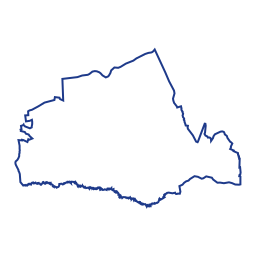 Cetariu, Bihor, Romania
{"feature_id": "2599482B19463372826747", "entity_name": "Cetariu", "entity_type": "district", "adm_level": 2, "iso_a3": "ROU", "parent_name": "Romania", "parent_adm1": "Bihor", "projection": "mercator", "projection_center": [22.043, 47.156], "detail": "fine", "context": "isolated", "style": "outline", "palette": "blue", "viewbox_px": 256, "rotation_deg": 0, "n_neighbors": 0, "source": "geoboundaries", "source_scale": "gbopen_adm2", "svg_char_len": 5846}
<svg xmlns="http://www.w3.org/2000/svg" viewBox="0 0 256 256"><path d="M240.4,184.4L240.4,176.4L240.0,175.9L239.3,176.0L239.5,174.9L240.3,174.3L240.6,172.5L240.1,167.3L239.4,167.5L239.7,158.7L239.1,158.7L239.0,156.5L238.6,156.5L238.5,155.2L238.0,154.8L238.0,153.1L233.5,151.1L233.7,150.5L230.2,149.0L230.9,147.7L230.9,146.5L232.3,143.5L231.0,142.2L230.2,141.8L227.5,138.0L226.8,135.9L224.8,134.4L224.6,133.4L223.8,131.9L222.2,131.4L220.4,131.7L214.9,134.3L213.5,136.3L213.0,138.1L211.1,140.9L211.0,139.4L210.6,138.2L209.6,137.5L207.8,137.5L207.4,136.5L205.5,135.6L204.5,133.9L205.0,132.8L205.7,125.7L205.4,123.8L204.7,123.7L198.0,141.5L197.6,142.2L196.1,141.6L192.9,135.4L187.9,128.8L187.6,127.5L187.9,125.8L185.7,125.5L185.1,123.3L184.6,122.2L184.4,120.6L183.8,119.8L184.2,119.0L184.1,118.5L183.0,117.1L182.7,115.7L182.6,115.3L183.0,114.6L182.9,114.3L183.1,113.4L182.6,112.7L182.6,111.6L182.2,111.4L182.1,110.9L181.6,110.3L181.3,108.8L181.5,108.4L181.0,106.3L177.2,107.5L176.9,106.5L174.1,102.9L173.4,100.8L173.0,98.7L174.5,93.4L174.0,90.6L169.1,81.3L165.2,72.2L154.7,49.5L153.6,50.9L152.4,52.0L151.2,52.5L148.4,52.9L145.1,54.0L136.4,58.4L133.4,60.6L125.9,63.6L120.5,66.9L118.2,67.8L114.4,67.5L111.2,70.4L110.3,73.2L108.8,75.7L108.0,76.5L105.8,77.4L102.5,75.4L100.6,73.3L99.3,72.3L96.8,71.3L94.7,71.1L92.4,71.6L89.4,74.0L87.8,74.8L82.2,75.5L77.5,77.1L62.4,78.9L63.2,100.5L60.3,99.2L59.8,98.8L59.5,97.7L54.9,97.1L54.4,100.0L44.5,102.6L38.4,106.3L31.9,109.8L29.6,110.4L28.1,111.3L28.3,115.2L25.2,115.4L26.0,121.4L29.8,120.8L31.9,119.8L32.2,121.8L32.2,124.0L31.7,126.7L31.7,127.4L29.9,128.3L25.0,126.4L24.3,125.6L23.6,125.2L23.5,124.7L23.1,125.2L21.0,125.9L21.5,129.3L20.6,129.6L20.8,130.2L20.8,131.0L24.8,132.0L25.9,133.7L28.6,134.5L29.7,136.1L32.3,138.5L29.0,139.8L28.3,139.3L27.4,142.0L23.2,140.0L22.0,139.8L22.0,140.4L18.5,140.1L19.6,145.7L19.6,149.0L19.8,150.4L19.5,151.7L19.6,152.9L19.2,154.0L19.2,156.2L18.3,158.4L17.3,160.0L15.7,161.4L15.4,162.4L15.5,163.9L16.0,165.2L18.4,169.9L18.5,170.9L19.2,172.2L19.8,174.1L20.4,182.1L23.2,185.5L24.0,185.1L24.3,185.4L25.1,185.1L25.7,185.5L26.1,185.0L27.1,185.6L27.9,184.9L27.9,184.5L28.7,184.5L28.8,183.8L29.2,183.7L31.0,184.6L31.2,184.2L30.9,183.9L31.2,183.4L32.3,182.6L33.5,183.3L33.7,182.7L34.6,183.2L35.6,182.6L36.4,183.6L37.4,183.8L37.8,183.0L38.6,182.9L38.7,183.6L39.8,183.6L40.6,184.7L41.0,184.8L42.3,183.4L42.8,182.2L43.3,182.0L43.8,182.5L44.1,183.3L45.1,183.8L46.2,182.8L46.0,182.3L46.7,182.1L47.2,183.0L47.8,182.6L49.0,183.2L49.5,182.8L50.3,182.8L50.0,183.3L50.4,183.5L50.2,183.9L50.7,183.9L50.9,184.4L51.5,184.2L52.7,184.9L52.7,186.1L53.2,186.6L53.6,186.5L54.0,186.9L54.2,186.2L54.5,186.2L55.0,186.7L56.4,187.1L56.6,187.6L58.5,186.8L59.2,185.6L59.3,184.0L61.8,183.7L62.5,184.4L63.6,184.2L63.9,184.0L64.0,183.2L64.4,183.1L64.5,183.4L65.3,183.2L66.3,182.4L66.9,182.5L67.3,181.9L67.9,182.4L68.5,181.9L69.2,182.4L70.4,182.6L70.8,183.0L70.6,182.1L71.2,182.4L71.5,181.7L73.6,181.9L74.1,182.4L74.7,182.0L74.8,182.7L75.3,182.3L75.4,182.8L76.2,182.8L76.3,183.2L75.9,183.5L76.0,183.8L77.6,184.5L77.9,185.2L77.5,185.5L77.7,186.0L78.0,185.6L78.6,185.6L78.8,186.1L79.1,185.5L79.8,185.5L79.8,186.1L79.3,186.4L80.1,186.7L80.2,186.2L80.8,185.9L81.3,186.4L82.1,186.2L82.4,185.6L82.6,186.1L83.3,186.3L83.4,186.9L84.2,187.7L85.1,186.9L86.0,188.1L87.7,187.7L88.2,188.0L89.0,187.4L89.5,188.7L90.3,187.5L90.6,187.3L91.0,188.1L92.2,187.9L92.3,188.7L93.4,187.9L94.1,188.2L93.7,188.6L93.8,189.0L94.4,188.7L94.9,189.0L95.6,188.5L95.9,189.1L96.2,189.2L96.9,189.0L97.0,188.2L97.5,188.2L97.9,187.5L99.0,187.4L99.1,188.0L100.3,187.6L101.0,188.2L100.1,189.5L100.2,189.9L100.9,189.6L101.0,189.1L101.8,189.5L101.8,189.1L102.2,189.1L102.7,189.9L103.7,189.9L104.8,189.3L106.7,190.0L106.9,189.3L107.4,189.2L107.6,188.5L108.2,188.5L107.9,189.1L108.9,189.6L109.2,189.5L109.2,188.9L109.9,188.7L110.5,189.0L111.3,188.2L111.3,189.2L112.0,189.7L113.5,189.1L113.5,189.7L113.1,190.4L114.4,191.0L114.6,191.9L115.0,192.1L115.8,191.1L116.2,191.1L116.0,191.8L116.1,192.7L116.6,192.7L116.8,192.2L117.4,192.1L117.6,192.5L117.4,192.7L118.2,193.0L118.4,194.7L119.2,194.4L120.0,195.0L119.5,195.2L120.1,195.8L119.5,195.9L119.2,197.1L119.5,197.5L119.8,197.2L120.2,197.4L120.5,196.5L121.0,196.6L121.6,197.5L122.3,197.3L122.4,197.8L123.2,197.1L125.3,197.2L125.7,197.6L126.1,197.4L127.0,198.1L127.9,197.6L128.5,198.4L130.0,197.3L130.2,198.2L130.8,198.9L131.1,198.2L131.7,198.5L131.7,199.0L132.0,198.6L133.0,198.4L133.5,199.4L133.9,198.6L134.2,198.6L134.5,198.9L134.2,199.4L134.3,200.2L135.1,199.3L135.3,199.7L135.0,200.2L135.6,200.1L135.7,200.4L135.5,200.8L135.7,201.0L136.5,200.9L137.0,201.6L137.9,202.2L138.5,202.1L139.0,202.7L139.6,201.9L140.1,202.0L140.3,202.5L139.9,202.9L140.6,203.1L140.5,203.8L140.8,204.0L140.9,203.4L141.4,203.2L141.8,203.5L142.0,204.3L142.7,204.6L143.0,203.7L144.6,204.3L145.4,204.2L146.0,205.3L146.4,205.2L146.2,205.5L146.7,206.5L147.2,205.3L147.8,205.2L148.1,205.5L148.0,205.8L147.7,206.2L148.6,206.3L148.4,206.0L148.6,205.5L149.3,204.9L149.6,205.2L149.3,205.5L150.5,205.9L150.4,205.2L150.9,204.8L150.8,204.4L151.4,204.4L151.3,204.1L152.2,203.4L153.3,203.7L154.4,203.1L154.5,203.3L154.1,203.6L154.3,203.8L155.2,203.6L156.5,202.8L157.2,202.9L158.3,202.1L158.7,201.0L159.2,200.4L159.1,199.2L159.4,198.7L159.9,199.6L160.5,199.2L160.7,199.6L163.5,198.0L163.3,197.4L164.2,197.2L163.7,196.7L164.4,195.9L164.1,195.5L164.1,195.2L164.5,195.2L164.3,194.7L164.8,194.2L165.3,194.3L165.9,193.7L166.5,193.6L167.0,192.9L168.7,192.6L172.5,193.3L175.1,192.7L175.3,193.3L176.1,194.0L177.5,193.8L177.8,193.6L179.8,193.7L180.4,191.7L179.4,186.1L182.5,184.7L184.1,182.8L186.2,181.3L188.5,180.6L190.0,179.0L194.5,176.2L197.9,176.8L201.7,178.7L203.3,178.3L206.2,176.4L211.9,177.7L213.1,179.5L217.4,182.7L220.1,182.6L223.9,183.2L229.0,182.3L232.0,183.1L235.2,184.5L239.1,184.7L240.4,184.4Z" fill="none" stroke="#1e3a8a" stroke-width="2"/></svg>